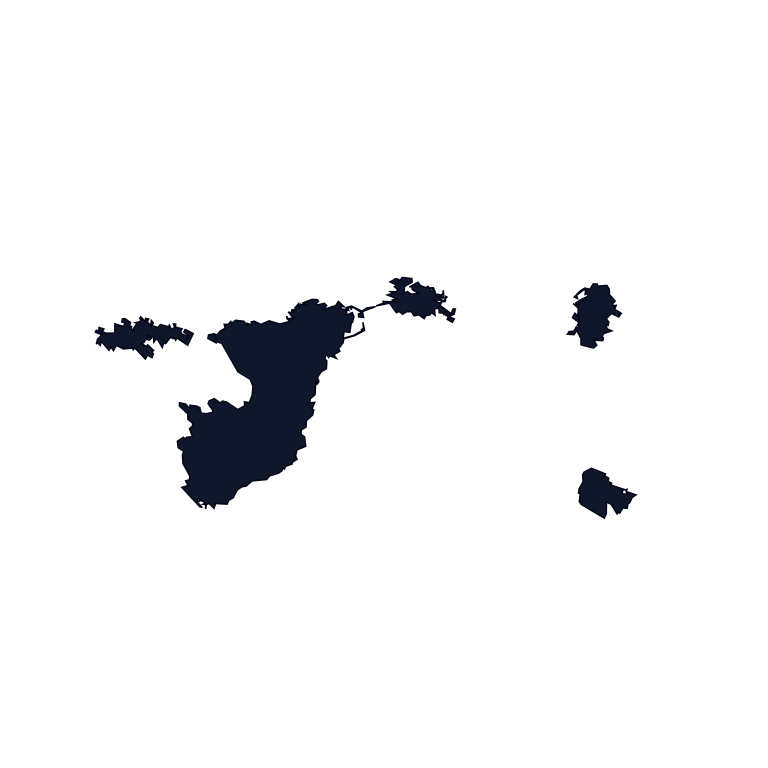 Sandøy nor, Norway (Albers equal-area conic projection), rotated 32°
{"feature_id": "86288312B66077972443640", "entity_name": "Sandøy nor", "entity_type": "district", "adm_level": 2, "iso_a3": "NOR", "parent_name": "Norway", "parent_adm1": "", "projection": "albers", "projection_center": [6.483, 62.776], "detail": "fine", "context": "isolated", "style": "filled", "palette": "ink", "viewbox_px": 768, "rotation_deg": 32, "n_neighbors": 0, "source": "geoboundaries", "source_scale": "gbopen_adm2", "svg_char_len": 6174}
<svg xmlns="http://www.w3.org/2000/svg" viewBox="0 0 768 768"><g transform="rotate(32 384 384)"><path d="M327.3,334.1L335.9,322.8L329.0,328.7L326.8,333.9L315.2,335.1L312.0,338.4L311.6,341.5L307.5,343.1L306.7,340.6L309.3,339.7L301.5,338.1L301.5,343.1L293.2,352.8L293.8,347.9L290.8,347.1L285.6,352.2L283.7,351.9L284.7,348.6L282.7,347.8L278.2,350.3L272.3,358.1L275.4,358.7L270.8,360.6L271.2,364.8L269.0,361.1L268.1,366.7L269.9,368.2L266.6,369.7L267.8,372.7L266.3,373.0L267.0,374.4L264.4,373.6L272.0,376.1L267.7,379.8L265.6,377.8L267.1,380.1L270.1,379.9L269.3,382.6L263.8,388.4L253.1,391.3L248.0,398.7L240.6,399.5L238.5,401.7L240.2,404.2L235.8,405.0L236.7,406.2L235.9,406.8L232.1,405.0L224.4,408.6L222.7,413.3L220.9,412.1L220.2,416.0L216.9,418.1L219.7,420.9L217.1,425.6L216.5,430.5L214.4,431.5L217.1,433.9L213.3,431.4L209.2,435.4L210.5,438.7L219.6,438.1L217.4,436.0L218.6,433.9L219.0,437.1L224.9,435.5L253.7,451.1L268.0,450.9L274.1,455.4L278.1,463.3L279.6,471.2L275.1,473.1L277.4,476.3L273.5,483.2L260.4,482.7L256.1,484.0L255.3,486.9L247.9,486.3L244.6,491.0L245.3,494.0L253.2,497.3L253.3,499.4L248.9,503.4L244.5,505.6L240.8,502.3L242.0,504.4L240.6,506.0L239.5,505.3L240.5,501.8L237.2,501.9L230.7,504.8L232.4,507.9L226.4,506.1L220.5,508.3L222.2,511.1L233.4,513.3L236.3,517.8L242.9,518.8L243.8,521.8L242.7,524.9L249.2,530.1L244.6,534.1L244.7,536.2L242.0,535.6L239.1,542.1L243.2,547.1L249.9,547.1L250.7,551.1L255.7,558.0L268.3,565.1L269.7,568.4L267.1,571.3L271.6,574.0L267.3,578.8L292.7,585.7L295.3,585.1L288.4,583.2L287.0,580.1L289.1,578.8L289.4,582.2L290.2,579.7L295.8,579.3L294.2,581.9L296.6,580.7L299.0,584.6L297.2,580.3L299.1,578.0L305.7,579.6L304.6,574.5L314.6,569.1L314.0,565.0L316.4,560.4L315.7,552.1L317.7,546.8L321.3,543.5L323.6,536.0L335.0,527.3L335.8,522.3L341.5,516.0L343.4,512.0L342.7,509.0L344.7,508.9L344.1,505.9L348.4,500.8L347.8,498.8L350.2,493.9L347.2,491.9L345.1,486.0L350.6,478.4L344.8,470.9L340.3,470.6L338.2,467.0L340.7,461.8L337.6,456.2L339.9,448.1L338.2,443.2L336.2,443.3L334.9,436.3L331.0,439.5L329.4,435.5L331.1,429.5L325.2,418.7L327.3,419.6L327.6,416.6L324.0,413.7L324.3,406.7L327.1,401.6L323.3,394.8L320.3,393.9L319.1,388.9L323.1,390.8L323.1,388.8L330.0,387.5L325.9,385.7L329.2,379.6L326.7,378.1L327.5,370.7L325.9,367.0L333.5,358.5L339.1,348.8L333.4,342.8L336.9,347.6L336.1,349.8L337.1,350.5L332.4,359.0L325.1,366.9L322.4,360.7L327.7,358.3L323.8,349.4L324.6,348.5L323.2,343.9L321.7,343.1L322.6,342.6L319.3,340.2L316.3,344.6L317.3,344.6L313.9,345.6L314.8,343.5L312.8,340.9L315.1,340.3L313.5,339.0L315.2,336.1L316.7,338.7L316.4,335.3L328.0,335.3L325.2,338.0L326.9,340.6L331.4,338.3L327.3,334.1ZM177.0,446.2L175.6,443.6L173.6,444.6L176.4,446.9L174.9,450.6L170.8,447.7L170.8,449.7L162.9,452.0L162.1,456.1L156.2,457.3L156.0,454.3L153.0,453.4L155.2,458.3L150.1,456.5L150.0,453.6L147.1,454.7L148.2,457.6L142.1,455.9L142.2,457.9L144.2,457.8L143.8,460.8L140.4,463.9L142.4,463.8L142.2,469.9L143.7,471.8L139.7,470.9L139.6,469.0L135.7,470.1L137.1,468.1L136.5,466.1L129.5,465.9L127.6,467.4L128.7,470.4L131.7,469.3L132.8,473.2L123.9,475.6L128.7,483.4L121.4,488.2L117.4,488.8L117.3,485.8L112.4,487.0L114.0,490.0L111.5,491.0L111.6,493.0L118.6,491.8L117.3,497.8L119.0,502.8L118.9,500.8L122.9,501.6L121.8,497.6L132.9,501.2L132.8,497.2L136.8,499.1L136.6,493.1L144.5,492.3L152.3,486.5L153.4,488.4L153.3,485.4L168.4,489.3L168.2,484.8L173.2,484.6L172.5,480.7L170.0,479.8L170.9,477.7L162.9,476.0L162.9,478.0L157.0,478.3L158.4,476.2L158.2,472.2L161.7,471.1L162.6,468.1L156.6,468.3L163.5,466.0L166.6,470.4L167.0,466.9L168.5,466.3L176.6,470.5L175.4,465.6L177.4,465.5L178.1,457.5L181.1,457.3L181.0,455.3L184.1,457.2L184.0,454.7L197.0,455.2L195.5,442.3L186.5,443.1L186.7,446.1L193.7,446.8L192.8,449.9L191.7,447.9L185.8,448.7L183.7,447.2L183.6,444.2L177.0,446.2ZM524.8,184.2L520.8,182.3L514.9,186.6L515.0,188.6L511.9,186.2L508.4,188.2L508.4,194.5L503.5,196.2L501.1,200.9L499.3,209.4L502.8,209.0L500.3,206.8L503.5,198.1L505.3,197.7L507.1,201.6L510.1,198.6L509.9,202.5L508.1,205.3L510.7,206.1L510.0,207.7L511.5,208.9L507.1,206.4L503.6,213.8L505.7,215.4L507.7,212.5L508.1,216.3L501.7,215.5L508.6,216.8L512.4,223.7L508.4,222.8L508.6,227.8L515.6,228.5L513.4,222.6L517.0,227.5L516.7,231.5L518.7,231.4L518.8,233.4L516.8,233.5L517.0,238.5L513.1,241.6L513.2,244.6L519.1,241.4L518.9,236.4L527.1,241.1L530.3,246.4L542.6,242.5L543.9,238.4L538.8,235.6L546.6,231.3L545.5,228.4L543.5,228.4L543.9,224.4L549.1,218.2L544.2,218.9L541.1,216.5L543.0,215.5L541.9,212.5L537.8,210.7L539.6,203.6L547.5,202.8L547.8,198.3L540.1,198.4L539.2,194.2L536.6,196.4L535.5,194.3L536.1,191.2L526.0,188.1L526.9,187.1L524.8,184.2ZM619.5,342.9L604.6,345.5L600.4,352.7L600.5,355.7L604.7,361.5L605.0,369.5L606.7,373.4L608.7,373.3L611.9,380.2L615.0,381.6L641.9,381.0L641.2,376.1L635.3,366.3L640.3,365.6L650.5,370.7L650.4,368.7L652.4,368.6L652.2,362.6L656.1,360.5L654.4,356.5L655.3,354.5L654.6,348.5L656.5,344.5L647.0,346.7L645.7,345.3L646.2,343.8L645.2,345.7L648.5,348.8L644.7,350.7L642.6,348.5L644.1,346.0L629.7,349.5L629.6,347.5L625.6,347.7L624.5,344.7L619.5,344.9L619.5,342.9ZM389.2,279.3L384.6,273.1L385.9,275.9L385.4,278.3L382.0,279.4L382.0,281.4L374.8,276.2L372.7,277.7L377.2,278.1L375.2,280.1L369.4,277.9L368.3,280.3L362.6,281.2L359.0,279.6L354.0,288.3L356.5,286.5L357.7,288.9L365.8,289.0L359.0,293.5L354.8,293.2L352.8,296.3L349.8,290.4L353.9,282.6L351.8,279.8L342.9,284.0L342.7,289.7L341.1,287.4L338.2,288.4L335.1,294.2L342.4,293.4L341.3,296.0L345.7,296.7L345.4,299.3L340.5,302.3L343.3,302.5L339.5,306.8L349.6,304.9L346.6,308.4L351.3,307.8L339.5,314.4L340.9,315.3L335.9,322.0L345.9,312.5L356.7,317.0L358.5,314.4L362.7,315.1L365.0,310.6L369.0,308.1L373.4,310.3L376.8,306.9L383.4,307.3L383.2,304.0L386.3,301.0L386.4,298.2L390.9,298.7L387.0,293.5L390.4,290.6L393.0,294.3L397.2,292.4L397.6,289.3L398.1,293.3L399.4,292.4L399.1,290.1L400.3,293.0L402.3,292.5L401.5,289.7L402.5,289.1L403.3,295.7L409.3,295.4L409.1,291.5L403.2,292.7L406.5,287.6L404.8,282.6L402.8,283.7L403.5,287.7L402.6,288.7L389.9,287.6L389.4,283.7L392.1,281.7L391.8,280.4L390.7,279.2L391.4,276.9L390.0,276.9L391.3,281.8L389.5,281.9L388.4,285.9L380.8,286.8L388.7,282.3L385.8,281.2L389.2,279.3Z" fill="#0f172a" stroke="#020617" stroke-width="1.5"/></g></svg>